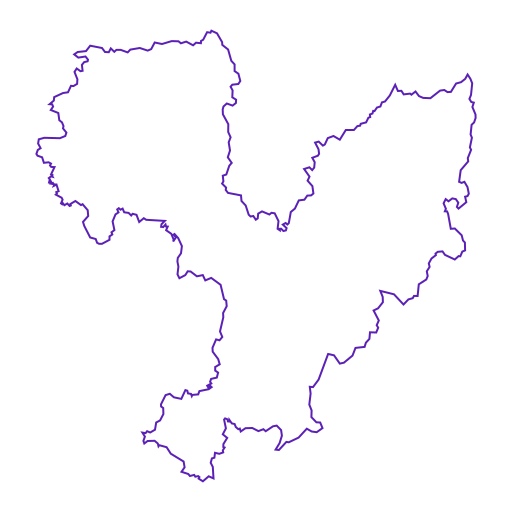 Myitkyina, Kachin, Myanmar
{"feature_id": "60261553B87045265182451", "entity_name": "Myitkyina", "entity_type": "district", "adm_level": 2, "iso_a3": "MMR", "parent_name": "Myanmar", "parent_adm1": "Kachin", "projection": "albers", "projection_center": [97.226, 25.827], "detail": "fine", "context": "isolated", "style": "outline", "palette": "violet", "viewbox_px": 512, "rotation_deg": 0, "n_neighbors": 0, "source": "geoboundaries", "source_scale": "gbopen_adm2", "svg_char_len": 5953}
<svg xmlns="http://www.w3.org/2000/svg" viewBox="0 0 512 512"><path d="M278.9,450.0L286.4,441.9L288.7,442.3L298.6,437.6L306.8,428.7L311.7,431.5L316.7,432.2L322.5,428.1L320.2,422.5L316.4,422.3L311.4,417.1L311.6,410.4L309.3,404.6L310.6,393.6L309.8,386.8L313.0,387.1L318.6,379.6L328.1,354.0L334.0,355.3L339.8,363.6L343.9,362.7L352.5,355.6L355.5,347.9L364.6,346.9L365.9,342.7L369.4,338.9L370.0,332.3L376.2,332.5L378.2,327.7L376.7,325.2L378.8,320.5L373.6,310.5L378.1,308.3L382.9,302.2L382.7,296.9L380.3,290.9L394.0,294.3L403.5,304.5L408.4,299.4L412.7,298.2L414.0,295.9L417.6,296.0L418.8,284.3L426.3,279.5L427.7,276.0L426.8,271.3L429.6,266.9L428.8,263.4L431.5,258.5L435.9,255.1L435.5,253.6L437.8,251.8L442.5,251.4L445.0,254.9L454.8,259.5L458.6,256.1L460.3,256.3L462.3,251.6L465.1,250.4L464.9,242.5L463.0,240.5L461.7,235.3L454.8,228.5L450.8,228.8L448.1,213.9L447.1,211.4L444.9,211.3L445.9,208.8L443.6,203.3L445.7,199.1L448.5,201.3L452.3,198.4L455.8,199.1L458.3,202.7L456.9,206.9L458.5,208.6L466.3,202.2L465.1,196.7L467.5,196.1L468.8,193.7L467.5,187.1L464.4,181.8L461.6,182.9L459.1,181.8L460.7,170.2L468.2,161.4L467.8,158.1L471.1,149.8L469.9,147.4L471.9,137.7L470.6,134.5L471.6,124.8L474.1,122.4L475.6,118.0L475.5,114.5L472.4,107.0L473.8,102.6L471.3,102.0L469.4,98.9L471.0,95.0L472.2,83.3L470.4,78.8L467.6,74.5L465.2,78.9L461.0,82.2L456.1,83.5L450.9,91.9L447.5,92.1L444.3,90.0L440.1,90.6L430.4,98.2L423.2,97.9L419.0,96.1L415.5,91.5L411.4,94.7L410.1,93.6L403.7,94.4L401.4,90.8L397.9,91.0L395.2,84.8L389.8,95.5L385.0,101.5L381.9,102.4L380.4,106.5L377.0,107.5L374.5,111.1L373.2,110.9L372.5,113.5L369.9,114.5L370.2,117.1L368.4,117.7L366.1,122.4L360.7,123.8L360.1,125.7L357.4,126.1L353.9,130.0L345.8,130.0L339.8,139.7L333.5,136.0L327.8,138.1L324.8,144.5L322.9,145.6L318.7,141.6L315.1,142.6L318.5,149.2L319.1,153.8L317.9,155.7L312.3,157.8L314.7,162.2L314.2,167.6L312.2,170.1L309.4,167.3L304.1,169.0L309.5,176.6L307.6,180.7L312.4,186.1L313.4,193.5L311.1,195.4L307.3,195.6L304.4,199.7L298.8,200.4L294.9,208.6L290.8,212.0L288.8,223.1L287.4,224.5L285.6,223.0L282.8,224.6L286.6,228.1L285.9,230.4L283.4,231.0L281.1,228.7L279.7,228.8L279.8,230.3L277.6,228.8L278.5,221.1L274.7,213.3L271.5,212.8L269.4,214.5L262.0,211.4L258.2,213.6L257.7,218.4L255.8,219.7L253.3,216.0L250.6,216.5L248.7,214.7L245.7,205.5L241.5,201.0L241.0,195.4L228.0,192.9L225.7,189.9L226.1,187.6L222.1,183.6L223.4,181.4L222.8,175.7L226.3,174.5L229.3,165.7L231.7,162.9L227.8,157.3L230.0,150.5L228.7,142.3L230.6,137.3L228.2,132.0L228.3,124.2L222.9,114.3L222.7,109.4L223.5,106.5L226.8,103.5L232.6,105.6L235.9,103.0L236.1,99.7L232.3,97.3L232.6,90.4L230.6,86.7L232.3,84.7L238.3,84.0L240.3,81.0L238.4,73.7L234.6,71.1L234.6,64.4L231.3,60.8L228.1,49.5L222.3,44.9L222.1,42.1L217.0,33.3L211.4,30.7L210.5,32.7L207.1,32.2L203.2,39.7L201.0,41.0L200.9,43.2L196.0,42.7L193.1,45.3L186.2,41.6L180.9,43.3L178.5,41.3L171.7,41.1L162.0,44.0L154.7,42.5L151.2,49.1L147.7,50.6L139.8,48.0L130.3,49.6L127.7,52.4L120.8,49.9L116.4,49.9L114.3,51.8L110.8,48.4L108.8,52.2L105.0,52.0L102.0,48.0L90.2,45.7L86.0,51.1L77.7,52.0L74.2,54.4L78.3,57.6L85.5,56.5L88.0,59.7L87.6,61.3L84.2,62.1L81.9,64.9L82.6,70.8L80.5,71.2L76.7,68.5L74.5,71.9L77.4,79.3L77.1,83.9L73.4,86.1L71.0,85.8L68.0,92.3L63.1,93.0L54.2,97.1L53.8,100.6L49.6,104.2L52.2,104.4L53.1,106.6L50.8,110.0L58.3,113.0L59.3,120.2L62.0,122.4L63.5,126.1L63.0,128.4L66.4,132.6L65.3,136.0L59.9,138.2L44.3,137.8L38.8,139.3L38.1,143.5L40.6,148.2L37.8,149.9L36.4,153.9L37.5,155.7L42.1,157.3L43.9,162.8L48.6,162.3L51.0,163.6L50.0,165.4L51.2,166.9L54.5,167.1L51.1,174.3L53.2,175.3L51.7,175.3L52.6,176.8L51.0,176.4L48.8,178.1L49.8,179.5L49.0,182.6L50.1,182.9L50.4,180.5L51.8,183.1L53.7,182.7L51.7,183.8L54.5,184.3L53.8,185.9L56.5,184.6L58.6,191.2L56.3,192.1L56.9,193.5L55.8,194.6L61.6,197.7L62.6,199.7L61.0,203.4L62.1,204.2L62.6,202.9L64.4,205.2L67.3,203.5L69.6,206.0L70.8,205.5L70.4,204.0L75.4,201.0L81.0,205.1L82.6,204.2L87.7,210.2L88.2,216.0L83.0,221.9L84.3,226.0L90.2,237.5L95.7,239.0L97.1,242.8L99.1,243.8L102.0,243.8L109.5,239.8L109.5,236.4L112.3,234.5L111.5,232.3L114.4,230.1L112.6,221.4L115.5,214.4L118.5,212.4L117.2,209.4L118.8,208.2L120.5,209.7L122.6,208.6L124.2,212.3L128.6,212.9L131.2,215.5L132.6,213.8L136.5,214.8L139.2,222.0L143.8,218.2L146.2,219.8L164.8,220.9L161.5,224.2L161.1,226.8L163.2,227.1L165.5,224.5L166.0,226.5L167.7,226.6L166.1,230.2L171.3,233.8L173.6,239.4L173.2,241.5L175.9,237.4L173.7,234.6L174.5,234.0L178.2,238.1L181.9,246.1L181.0,253.3L177.8,257.9L177.4,261.4L178.4,266.6L177.5,274.3L179.4,278.2L185.3,275.1L187.7,271.3L190.6,271.5L196.9,276.3L202.8,275.1L205.3,280.4L211.2,277.9L220.6,284.8L224.0,299.1L226.2,300.6L226.7,306.2L223.1,313.0L223.3,317.3L220.0,331.4L222.3,337.0L219.5,340.3L216.1,339.4L212.5,347.8L212.7,351.7L218.2,359.1L219.7,364.3L215.2,367.0L215.2,370.6L218.1,372.6L216.8,377.6L211.1,378.9L210.1,381.8L211.3,383.5L207.2,385.7L208.2,387.4L209.4,387.5L209.9,385.5L211.6,387.1L208.7,389.2L199.4,391.1L198.2,394.4L192.4,394.9L191.8,396.1L191.0,393.9L188.0,393.4L187.3,390.7L185.4,390.1L181.3,398.9L173.9,397.3L169.8,393.8L165.6,395.1L161.0,404.3L161.1,406.5L163.2,408.0L163.4,414.0L160.1,420.4L156.2,422.5L155.0,429.7L150.2,432.5L147.1,431.2L145.6,433.1L142.4,432.6L144.9,436.6L143.4,440.9L144.3,443.5L147.6,441.0L154.6,440.8L157.8,443.5L158.5,446.3L159.3,445.2L166.6,447.2L170.8,453.7L183.6,461.5L184.6,467.3L181.5,471.8L188.3,474.0L189.9,476.0L194.2,474.9L195.3,476.7L198.2,476.1L199.4,477.1L198.6,478.6L202.9,481.3L208.7,476.3L213.5,478.4L212.8,466.9L210.7,462.8L211.9,458.4L214.4,457.7L215.0,452.8L219.3,453.8L223.2,452.4L222.8,450.3L224.6,447.5L223.3,447.0L223.4,444.1L227.2,437.9L222.8,434.3L225.9,428.4L224.1,419.6L225.1,418.4L227.6,419.4L227.9,421.4L229.9,421.6L229.8,420.5L231.8,423.4L234.6,424.0L235.8,427.0L238.3,429.2L239.8,428.6L240.7,431.5L245.5,428.2L252.3,428.0L258.4,431.1L263.4,429.2L265.7,431.2L273.0,426.3L276.7,425.6L281.1,430.1L281.9,435.7L279.6,443.1L275.6,449.6L278.9,450.0Z" fill="none" stroke="#5b21b6" stroke-width="2"/></svg>